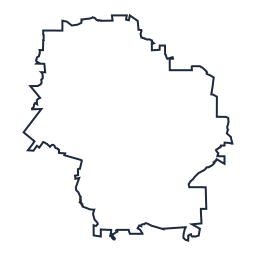 the district of Ahumada, Chihuahua, Mexico
{"feature_id": "50627088B53671513789035", "entity_name": "Ahumada", "entity_type": "district", "adm_level": 2, "iso_a3": "MEX", "parent_name": "Mexico", "parent_adm1": "Chihuahua", "projection": "mercator", "projection_center": [-106.345, 30.427], "detail": "fine", "context": "isolated", "style": "outline", "palette": "slate", "viewbox_px": 256, "rotation_deg": 0, "n_neighbors": 0, "source": "geoboundaries", "source_scale": "gbopen_adm2", "svg_char_len": 5565}
<svg xmlns="http://www.w3.org/2000/svg" viewBox="0 0 256 256"><path d="M71.8,25.5L66.8,21.6L62.4,20.7L62.4,30.6L43.2,30.5L43.2,34.5L43.5,34.6L43.8,35.2L43.7,35.5L43.7,36.2L43.6,36.6L43.7,38.3L43.5,39.4L43.7,40.1L43.2,40.1L43.0,50.2L39.6,50.0L39.7,50.4L39.8,51.7L39.8,53.2L39.3,54.4L39.4,54.5L39.1,55.6L38.8,56.0L38.8,56.4L37.4,57.0L37.0,57.4L36.6,58.4L36.6,59.4L36.2,59.8L36.1,60.8L36.6,61.3L36.9,61.5L37.2,61.9L37.6,62.0L37.8,62.3L38.0,62.4L37.5,62.5L37.0,62.8L36.3,63.6L44.3,63.8L45.2,72.3L41.2,72.2L42.3,73.3L42.3,73.7L42.7,75.2L42.6,75.5L42.8,76.3L42.8,76.6L42.6,76.7L42.8,78.0L42.4,78.8L41.5,79.2L41.3,79.6L41.2,80.0L41.5,80.6L41.6,82.8L41.2,83.2L40.7,84.4L39.0,85.2L38.0,86.0L30.3,86.1L40.1,97.9L38.2,98.8L38.1,99.0L37.5,99.4L36.8,100.2L36.9,103.2L37.1,104.3L36.2,103.8L35.5,103.2L35.4,103.0L35.2,103.0L35.2,103.3L34.4,104.0L34.0,104.7L34.0,105.4L33.6,107.2L33.1,107.5L33.0,107.8L32.0,108.5L32.0,108.9L32.1,109.3L41.4,109.0L23.6,132.3L34.5,141.3L31.9,145.1L27.9,150.3L33.5,150.7L36.9,145.8L39.3,147.6L41.8,144.1L43.1,142.0L43.4,142.1L44.5,142.5L45.4,143.0L46.0,143.6L46.8,143.7L48.8,145.7L49.4,145.9L50.0,146.8L50.3,146.4L51.9,145.0L52.1,145.0L52.5,144.8L53.4,144.9L54.5,145.9L54.7,146.4L54.8,146.9L55.0,147.2L55.3,147.5L55.6,148.1L57.5,148.5L57.8,148.8L57.9,149.3L58.2,149.6L58.6,149.8L58.7,149.7L58.8,149.9L59.1,150.1L58.9,152.9L65.1,153.4L64.3,155.2L80.4,159.8L81.7,160.4L81.8,161.0L79.9,168.8L78.8,168.8L77.9,169.2L78.1,175.2L75.0,175.6L75.4,178.8L79.2,178.0L77.6,182.4L75.8,187.5L76.3,190.3L78.3,192.2L80.1,196.3L80.3,196.6L80.6,196.7L80.2,197.9L80.6,198.1L80.2,199.4L80.7,199.5L80.3,200.8L80.8,201.0L80.5,201.6L80.1,201.4L79.8,202.1L80.8,202.4L80.6,203.0L81.6,203.4L81.4,204.0L81.9,204.2L81.8,204.3L82.0,205.2L82.4,205.2L82.7,205.4L82.6,206.6L87.3,208.3L89.3,209.2L93.7,209.8L94.2,209.7L93.0,214.1L94.5,219.4L97.5,222.9L97.8,224.1L97.2,224.6L96.8,225.2L96.2,225.7L96.0,226.0L93.6,225.3L93.7,235.4L100.8,236.5L100.8,229.4L103.5,229.7L105.5,229.7L105.9,229.8L111.2,229.9L111.1,232.0L110.7,233.1L111.9,233.9L110.2,235.2L110.2,235.9L111.2,235.8L111.3,235.8L111.5,236.1L111.6,237.0L111.8,237.1L111.8,237.4L112.1,237.7L112.1,238.0L112.9,238.5L113.1,239.1L113.7,239.4L113.8,239.3L114.5,239.4L114.8,238.8L114.4,238.5L114.5,237.9L113.6,237.1L112.1,235.1L115.6,232.5L117.3,231.7L116.1,230.5L116.9,229.9L128.7,229.9L129.4,232.4L129.9,233.8L142.5,233.8L142.5,233.4L141.5,232.2L141.2,231.5L139.9,229.5L138.3,228.8L137.6,228.3L139.3,225.5L141.3,226.2L141.2,225.1L141.6,224.8L142.2,224.4L142.6,224.3L143.2,224.1L144.1,224.3L145.4,223.2L147.2,223.5L151.0,225.4L151.1,225.6L163.5,229.2L163.4,228.7L185.7,227.2L185.3,228.3L184.8,229.1L183.8,233.1L183.4,236.0L183.5,238.0L185.7,239.9L188.2,240.6L188.2,236.6L188.4,236.7L188.3,235.5L188.9,235.3L189.8,234.6L190.9,234.3L190.9,234.7L191.2,235.1L191.3,235.4L191.7,236.3L192.9,236.6L193.5,236.3L193.8,236.4L194.0,236.3L195.1,236.7L198.7,235.5L199.9,228.7L192.0,224.3L201.5,223.4L200.9,212.3L200.9,208.9L206.3,208.9L205.7,187.3L200.6,187.2L189.3,187.2L188.8,185.0L188.7,184.2L189.5,183.1L189.5,182.7L189.8,182.1L191.2,180.7L191.4,180.7L192.0,179.9L192.8,179.5L194.6,177.0L198.6,173.0L204.3,170.0L205.5,169.0L206.6,167.3L206.8,167.3L208.2,167.4L208.3,167.3L208.4,167.1L209.2,167.0L210.6,166.1L211.2,165.9L211.7,165.6L214.2,163.4L213.8,162.7L214.2,162.7L214.2,162.3L214.4,161.8L214.8,161.7L214.7,161.5L215.0,161.4L215.2,161.1L215.6,161.0L215.8,161.0L215.9,160.9L216.0,160.7L215.9,160.2L216.6,159.2L224.5,163.8L224.5,156.3L217.4,156.2L217.7,155.1L217.7,154.9L217.9,154.8L217.8,154.6L218.0,154.1L218.0,153.9L218.3,153.2L216.6,151.4L216.0,149.9L216.4,149.5L217.9,148.8L218.7,148.0L219.2,147.9L219.8,147.6L219.9,147.3L220.2,147.1L220.2,146.9L220.5,146.9L220.9,146.7L220.9,145.5L224.5,145.5L224.6,142.6L229.2,142.9L231.5,143.6L232.4,143.6L230.9,137.7L230.9,137.0L226.8,133.4L227.2,132.3L227.3,131.3L227.5,130.8L227.6,130.5L228.0,129.9L227.8,129.8L227.6,128.9L227.4,128.6L227.2,127.3L227.4,126.2L228.0,124.6L228.1,124.2L228.1,123.3L228.6,121.9L228.3,120.1L228.2,118.0L226.7,117.2L225.6,116.9L216.8,116.8L216.9,96.6L216.5,96.5L213.1,94.6L211.3,94.4L212.6,86.4L213.5,78.9L213.8,77.7L213.7,77.5L213.2,77.1L209.7,75.1L206.9,74.0L206.6,73.7L206.6,73.2L206.6,72.7L207.0,72.3L206.7,71.7L206.5,71.4L202.6,67.8L202.0,67.4L201.1,67.1L200.1,66.3L199.7,66.2L192.4,66.2L192.4,66.3L191.8,66.6L191.7,66.8L191.9,70.2L169.8,70.2L169.7,58.8L173.0,58.7L172.8,57.8L172.8,57.5L172.7,57.2L172.0,57.3L167.6,58.7L167.4,58.8L167.1,58.4L166.2,56.7L166.0,55.5L165.8,55.3L165.8,54.8L165.3,54.5L165.0,53.9L165.1,52.9L165.0,45.5L159.7,45.5L159.6,49.8L151.9,50.3L151.8,43.5L152.0,43.5L152.3,43.5L153.0,43.6L153.9,43.3L153.4,42.9L153.1,42.9L152.8,42.6L152.1,42.5L151.9,42.6L152.2,42.3L152.7,42.0L153.0,42.1L152.6,41.8L152.3,41.8L151.9,41.6L152.0,41.4L152.0,40.5L149.4,39.4L148.6,39.3L147.8,39.6L147.0,39.5L146.3,39.3L145.9,38.9L145.5,38.7L144.8,38.6L144.5,38.7L144.3,38.3L142.4,37.9L141.8,37.7L142.0,37.5L141.0,36.3L141.0,35.6L140.7,35.0L140.7,34.3L140.5,34.0L140.7,33.8L140.9,33.1L140.9,32.8L141.3,31.7L141.5,30.3L141.3,30.0L140.2,30.0L139.8,29.9L139.6,29.7L138.5,29.8L137.7,20.8L137.0,20.4L129.8,15.4L128.9,20.3L126.0,19.6L126.8,15.4L111.9,15.4L112.6,20.6L101.4,20.8L101.4,20.6L100.9,20.5L100.4,20.7L100.0,20.5L99.7,20.4L99.5,20.2L99.1,20.2L98.4,20.6L98.2,20.7L97.5,20.3L97.5,20.1L97.3,20.1L96.7,20.0L96.3,19.7L95.7,19.1L95.7,18.9L95.5,18.6L94.9,18.1L94.1,17.8L94.0,17.6L92.9,17.6L92.5,17.3L92.1,17.7L91.0,18.2L89.0,18.7L86.9,18.8L84.9,19.1L83.8,19.2L82.8,19.6L82.2,19.4L81.5,19.4L81.4,22.8L77.5,24.7L71.8,25.5Z" fill="none" stroke="#1e293b" stroke-width="2"/></svg>